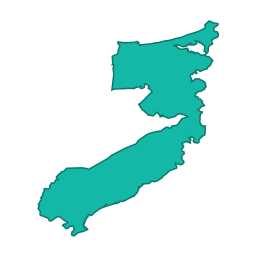 Western Area Urban, Western, Sierra Leone (Equal Earth projection), rotated 92°
{"feature_id": "65957751B7442620669158", "entity_name": "Western Area Urban", "entity_type": "district", "adm_level": 2, "iso_a3": "SLE", "parent_name": "Sierra Leone", "parent_adm1": "Western", "projection": "equal_earth", "projection_center": [-13.216, 8.449], "detail": "fine", "context": "isolated", "style": "filled", "palette": "teal", "viewbox_px": 256, "rotation_deg": 92, "n_neighbors": 0, "source": "geoboundaries", "source_scale": "gbopen_adm2", "svg_char_len": 5649}
<svg xmlns="http://www.w3.org/2000/svg" viewBox="0 0 256 256"><g transform="rotate(92 128 128)"><path d="M228.1,180.4L227.6,179.6L229.9,178.4L231.9,178.6L233.0,179.2L233.8,180.3L236.2,180.7L237.2,180.1L237.7,178.7L236.8,176.9L235.7,176.1L234.3,174.1L232.8,168.7L232.3,168.4L231.8,166.5L230.7,164.8L229.4,166.0L229.2,167.8L228.6,167.3L228.0,167.9L228.1,168.4L227.5,168.3L226.3,169.4L226.0,168.9L224.5,168.3L224.3,168.4L224.6,168.9L224.1,169.0L223.9,168.0L223.4,168.2L223.2,167.8L222.9,167.9L221.1,166.8L219.9,166.8L219.8,167.2L218.7,165.2L218.0,165.4L217.7,164.9L216.2,164.6L215.8,163.8L216.0,163.1L216.8,162.7L216.5,161.2L215.2,160.1L215.0,159.5L213.9,158.7L210.5,154.6L208.4,150.7L207.9,150.7L207.9,149.2L207.4,148.3L207.0,148.0L206.6,148.3L206.9,147.4L205.5,147.1L206.6,146.7L206.7,146.3L204.5,140.0L203.3,138.5L203.5,138.2L203.2,137.8L204.0,138.1L203.6,135.8L202.7,134.7L202.6,134.1L201.8,133.9L201.3,129.7L200.6,129.6L200.2,130.0L200.6,129.0L200.5,128.1L198.8,125.6L197.2,122.3L196.7,121.9L196.3,122.1L196.1,119.8L191.7,116.2L189.8,115.7L189.1,115.1L188.1,115.1L187.2,115.7L187.1,114.5L186.6,114.5L186.6,114.1L186.1,114.4L186.1,113.5L185.3,112.1L183.7,110.9L183.5,111.4L183.2,111.2L183.6,110.2L183.0,109.1L182.8,105.2L180.2,102.4L180.8,99.8L179.4,96.0L178.4,95.1L176.8,92.5L174.7,91.0L171.9,87.5L170.2,86.1L168.4,83.5L168.0,81.7L167.0,79.7L166.7,78.4L165.4,77.8L161.6,79.8L161.5,79.3L162.4,76.8L162.4,75.8L162.9,74.4L162.8,73.3L162.2,72.4L160.7,71.1L159.7,70.9L156.8,73.5L155.5,73.1L154.7,73.3L153.2,72.6L151.6,70.7L150.2,71.6L149.6,71.5L149.6,72.9L148.3,73.8L146.4,73.3L145.8,72.3L144.6,71.8L143.9,71.9L142.2,73.4L141.3,73.2L139.7,70.0L139.9,67.5L140.8,65.6L140.8,65.1L138.8,65.6L138.2,65.0L137.0,64.9L136.1,66.7L134.7,65.2L135.1,64.8L135.1,63.1L135.5,61.9L136.8,61.4L138.8,62.4L140.3,61.1L139.8,60.1L140.5,59.4L140.6,58.3L140.2,57.1L139.6,56.5L137.9,56.8L136.5,56.2L133.0,52.7L132.6,51.7L131.7,50.9L123.3,50.8L123.2,54.3L119.4,56.6L116.3,56.2L114.0,56.7L113.2,56.1L111.5,56.1L110.4,54.7L109.7,54.4L109.1,54.7L109.5,55.4L108.1,58.0L107.7,58.4L107.1,58.0L107.0,58.4L105.4,56.4L104.1,55.6L103.2,52.7L102.8,52.4L99.8,55.1L98.9,54.5L96.9,56.5L96.5,57.0L96.7,57.7L96.5,58.4L94.6,59.3L94.4,59.9L94.5,61.2L94.1,62.3L93.1,62.0L92.4,61.4L90.8,61.3L89.0,58.3L88.6,56.1L87.0,54.3L86.8,53.1L86.2,52.4L86.6,53.6L83.9,51.3L82.9,52.0L81.2,52.0L79.4,53.0L77.9,55.6L77.2,57.5L76.5,58.3L76.4,59.1L76.7,61.4L76.5,61.9L76.8,62.9L77.1,63.3L78.3,63.4L78.6,64.9L79.9,66.0L79.8,66.3L77.4,66.0L74.0,67.6L72.8,67.5L72.2,66.4L72.2,65.5L70.6,64.7L70.3,63.4L70.6,62.2L71.0,62.1L71.2,61.6L70.8,61.1L69.6,61.7L69.3,62.9L68.4,62.7L67.5,61.3L67.5,60.0L69.0,57.9L67.6,55.3L66.0,51.0L64.5,50.6L63.2,48.7L62.2,47.9L60.1,46.7L58.7,46.6L57.5,45.6L53.8,49.8L53.9,51.6L52.8,53.2L52.3,53.1L52.5,53.4L52.2,53.9L52.3,55.3L52.6,55.6L52.9,57.1L50.2,61.3L50.8,62.8L50.7,63.5L51.2,63.6L51.2,64.6L50.8,64.2L49.6,65.0L49.7,66.7L49.1,67.5L49.2,68.1L49.5,68.2L49.3,68.3L49.4,69.3L49.7,69.7L49.5,70.5L49.0,70.9L48.8,70.6L47.6,70.5L47.3,71.2L46.4,71.2L46.3,72.2L47.5,76.5L47.5,77.0L47.2,77.3L47.4,78.4L46.3,80.3L46.1,81.5L44.8,81.9L44.7,83.2L43.9,84.7L43.1,81.1L44.9,75.9L44.0,72.2L43.0,72.4L42.8,69.9L41.8,70.1L42.0,69.5L41.6,69.1L42.5,68.5L42.6,67.9L41.9,67.6L42.8,67.4L42.7,65.5L42.2,63.4L41.4,62.5L40.0,62.1L39.0,62.7L38.4,63.6L38.4,62.8L39.3,60.7L39.4,59.7L40.1,59.9L40.4,59.3L40.7,57.4L41.4,57.1L43.1,54.3L45.7,53.9L48.5,54.7L48.6,54.0L49.9,52.6L50.9,52.8L50.1,51.3L48.7,50.6L45.1,50.5L43.4,50.0L42.1,48.5L41.3,46.7L40.6,46.5L38.7,47.4L37.2,47.1L35.6,45.2L34.2,41.8L33.2,41.1L31.1,41.0L29.3,41.8L28.7,42.6L28.5,44.7L28.1,45.3L26.9,45.8L24.8,45.7L22.2,42.1L21.7,41.7L20.6,41.8L20.1,46.2L19.6,46.8L19.1,48.9L18.4,49.5L18.3,50.8L22.2,54.8L24.6,54.2L25.6,54.7L28.3,59.4L29.3,61.6L32.9,72.2L34.9,76.1L36.0,79.3L37.0,83.7L38.8,88.9L39.9,94.9L41.5,100.1L42.1,104.3L43.2,108.2L44.3,117.6L45.2,118.7L44.4,118.9L44.0,120.2L43.5,120.3L43.0,121.1L42.3,120.3L41.9,121.0L41.3,121.2L41.4,122.7L42.2,124.6L42.7,131.8L42.8,135.7L42.3,141.1L44.2,141.0L45.4,139.4L46.2,139.1L51.5,140.7L53.1,140.4L54.6,141.4L56.3,145.2L57.0,146.1L57.9,146.3L59.7,145.8L61.9,145.8L63.2,145.2L65.5,146.0L65.5,144.3L66.1,144.2L68.8,145.0L75.0,144.1L90.6,145.4L89.8,144.0L89.0,138.5L88.9,132.8L88.4,130.4L88.3,122.7L87.2,122.0L86.1,116.7L87.3,117.2L88.2,116.3L87.7,114.7L86.9,113.2L83.6,112.8L83.2,111.7L85.7,108.2L86.7,108.9L87.8,109.1L88.0,107.9L90.7,105.1L103.1,116.5L103.9,118.1L109.4,114.3L110.4,112.6L114.3,108.1L115.0,103.4L111.2,99.2L114.8,96.5L114.1,94.8L114.2,94.1L115.4,95.3L115.0,93.0L115.4,91.1L116.8,88.3L116.5,88.1L116.5,86.7L114.8,81.3L112.7,79.1L111.8,77.2L113.6,70.0L114.5,68.8L115.8,71.5L116.8,74.4L122.6,78.3L123.7,79.6L124.5,84.1L125.1,84.6L125.9,84.6L126.8,86.5L126.8,86.9L125.8,88.1L125.8,89.3L127.3,91.9L129.6,94.6L131.3,102.1L132.9,106.9L134.0,109.0L140.3,117.3L143.4,119.1L148.6,130.5L156.0,143.6L159.2,147.1L170.8,166.0L169.9,168.1L169.4,172.5L170.4,188.0L173.7,190.8L174.2,193.3L176.0,193.9L176.2,195.0L176.7,195.6L179.4,197.8L180.3,197.8L181.5,196.2L182.0,196.1L182.6,198.6L185.6,199.8L185.6,202.5L188.3,204.1L190.5,204.1L191.3,204.7L191.7,205.6L191.8,206.8L191.3,208.8L191.7,209.6L194.0,209.5L196.8,211.0L198.8,210.9L200.3,212.4L201.3,212.7L202.2,212.0L203.2,212.2L204.0,213.2L205.3,213.6L207.5,215.0L208.9,214.0L211.6,215.0L214.4,212.8L217.8,212.9L218.5,212.3L219.0,209.7L220.6,205.6L221.4,204.4L223.0,203.6L223.7,202.9L223.4,201.3L219.3,196.0L219.0,194.9L219.3,193.2L219.9,191.9L222.7,188.2L224.2,185.2L224.8,185.0L225.7,186.0L226.6,189.0L227.4,189.9L228.0,189.6L228.5,188.7L230.3,186.9L230.7,186.1L230.6,185.0L228.1,182.4L228.1,180.4Z" fill="#14b8a6" stroke="#0f766e" stroke-width="1.5"/></g></svg>